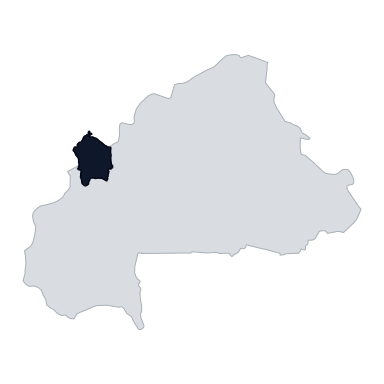 location of Kossi within Burkina Faso
{"feature_id": "BFA-2802", "entity_name": "Kossi", "entity_type": "Province", "adm_level": 1, "iso_a3": "BFA", "parent_name": "Burkina Faso", "parent_adm1": "", "projection": "robinson", "projection_center": [-3.893, 12.938], "detail": "fine", "context": "in_parent", "style": "filled", "palette": "ink", "viewbox_px": 384, "rotation_deg": 0, "n_neighbors": 0, "source": "natural_earth", "source_scale": "10m", "svg_char_len": 5017}
<svg xmlns="http://www.w3.org/2000/svg" viewBox="0 0 384 384"><path d="M297.6,253.2L286.6,253.7L282.6,255.0L280.2,255.1L280.1,253.9L279.8,253.3L265.9,249.5L256.2,247.3L246.3,244.8L245.7,247.1L244.3,248.6L242.2,248.7L240.7,248.3L239.7,250.1L238.1,252.5L235.8,253.7L233.6,255.1L232.3,256.4L231.4,256.4L229.2,253.4L226.2,253.1L220.5,253.6L218.0,252.8L214.6,252.4L206.5,253.0L193.4,251.8L191.3,252.4L190.8,253.0L177.9,253.1L163.7,253.3L151.9,253.4L141.5,253.5L141.5,253.0L138.2,253.0L137.8,254.0L134.9,266.1L134.6,272.7L136.1,276.8L137.9,279.4L139.9,280.5L140.1,282.0L138.5,283.9L138.6,285.8L140.5,287.8L140.9,289.9L140.0,292.2L140.2,297.5L141.6,305.9L141.7,311.4L140.4,313.9L141.0,318.2L143.5,324.2L144.0,326.8L143.1,327.9L141.0,329.5L138.8,329.5L136.3,325.8L135.2,324.2L133.2,320.5L131.5,316.7L129.1,315.1L126.9,313.6L124.1,308.9L121.4,306.6L118.6,307.3L114.4,306.4L106.1,305.2L97.1,305.6L93.4,306.6L89.7,308.4L80.4,312.2L76.8,314.0L74.0,318.8L70.8,318.7L67.6,317.1L65.7,315.0L61.4,315.5L57.3,313.4L53.3,309.3L50.4,307.9L46.7,304.9L45.7,299.3L43.3,295.3L41.1,289.8L37.9,287.3L34.2,286.0L29.1,286.3L25.7,284.0L23.0,280.8L23.8,278.0L25.0,274.0L25.1,270.2L25.9,264.0L25.4,256.2L24.5,250.8L27.3,248.6L30.6,246.5L32.7,242.9L34.8,234.6L35.7,227.5L35.0,224.8L33.9,222.7L33.1,219.6L32.6,215.9L33.2,212.6L35.7,209.6L38.8,207.0L41.0,205.8L46.8,204.6L54.1,202.7L58.3,200.5L61.4,198.4L63.1,196.7L64.9,193.2L67.7,190.5L69.9,187.8L70.2,180.2L70.2,175.9L68.6,173.6L67.7,171.5L78.5,165.6L78.6,161.4L77.1,156.8L75.0,153.0L74.2,149.8L77.2,146.0L79.8,143.1L81.8,140.7L86.0,137.0L90.4,136.0L94.4,137.4L106.3,146.1L108.3,146.7L110.8,146.0L113.9,143.7L118.0,141.9L119.5,136.1L119.3,127.5L120.2,123.5L122.4,122.8L129.2,124.5L130.9,124.6L132.9,124.0L134.3,122.5L134.3,119.7L134.0,117.3L136.2,109.3L140.2,103.3L148.4,95.8L150.9,94.4L153.9,93.6L168.6,98.7L170.9,97.5L174.5,84.7L178.5,83.5L183.2,83.3L186.3,82.2L187.9,81.3L194.9,76.5L207.2,69.9L213.8,67.0L215.1,66.0L219.8,61.3L226.0,55.9L230.0,54.9L235.6,54.5L239.0,55.4L240.0,56.9L241.1,57.7L248.4,55.4L258.7,59.0L267.7,62.6L267.1,64.8L267.1,68.8L266.3,75.2L265.5,82.7L269.2,87.6L273.6,92.9L274.8,95.0L273.7,100.2L274.5,103.2L276.9,108.3L280.9,114.7L285.0,121.4L287.8,122.2L290.5,122.8L292.1,123.9L294.5,125.1L296.9,125.8L299.0,127.3L300.3,128.7L302.1,132.8L306.7,135.5L309.9,138.2L308.6,139.5L304.6,139.0L300.8,137.8L300.3,139.8L300.2,147.3L300.9,153.5L301.7,154.4L305.5,155.5L314.6,163.6L322.8,171.3L325.6,173.3L330.1,174.1L335.2,174.4L337.4,173.7L342.3,169.8L344.9,169.4L347.3,169.5L348.6,170.1L351.0,173.3L353.2,178.0L353.8,181.6L353.6,183.4L352.9,184.2L348.9,185.1L347.1,185.8L346.7,186.8L347.3,189.2L348.1,190.7L352.6,197.6L359.0,206.9L361.0,209.2L359.9,212.0L356.7,219.2L354.3,222.3L343.6,232.5L338.4,231.3L327.4,233.4L325.7,231.0L323.2,230.7L320.0,231.1L318.8,232.0L318.5,233.0L317.4,234.4L315.3,238.5L313.8,239.5L311.8,240.2L309.4,240.1L308.0,240.6L308.0,242.6L307.6,244.4L306.0,245.3L305.3,247.2L305.5,249.2L304.5,250.0L302.4,249.6L301.2,249.0L300.1,251.5L298.6,253.2L297.6,253.2Z" fill="#d9dde1" stroke="#a8b0b8" stroke-width="1"/><path d="M89.2,131.3L89.3,131.3L89.5,131.4L89.7,131.8L89.9,132.8L90.1,133.1L90.4,133.3L91.5,133.5L91.7,134.2L91.4,134.3L91.0,134.4L90.6,134.6L89.8,135.5L89.4,135.7L88.9,136.3L89.4,136.8L90.4,137.0L91.2,137.1L92.1,137.0L92.8,137.1L94.3,137.8L96.0,138.3L96.8,138.7L99.9,141.5L101.9,142.8L105.4,145.9L105.7,146.0L106.3,145.9L106.5,146.0L107.2,146.8L107.6,147.1L107.9,147.1L108.8,147.1L110.6,147.4L110.8,147.8L110.8,148.5L110.5,152.1L111.1,155.2L110.7,158.0L111.2,163.3L111.7,164.7L112.4,165.7L112.7,166.0L112.5,167.8L112.0,167.8L111.4,168.0L111.2,168.3L111.0,169.0L110.7,169.1L109.9,168.8L108.7,168.8L108.6,169.3L108.5,169.6L107.8,170.0L107.8,170.5L108.1,170.9L108.7,171.1L108.9,171.4L108.8,172.1L108.5,172.7L108.3,173.1L108.6,173.6L108.5,173.9L108.2,174.2L108.0,174.5L108.0,175.0L108.1,175.4L108.0,175.7L107.8,176.1L108.0,176.1L108.0,176.5L107.5,176.8L107.4,177.3L107.7,178.6L107.6,179.2L107.0,179.9L106.8,180.8L105.5,180.3L102.8,178.7L101.2,178.2L97.9,178.1L95.8,178.5L94.8,178.3L93.5,178.0L92.0,177.9L90.7,178.2L90.0,179.0L89.7,180.2L88.7,181.9L88.5,182.8L88.5,183.2L88.6,183.6L88.4,184.1L87.8,184.7L86.8,185.4L85.4,185.9L84.4,185.6L82.6,184.1L81.8,182.7L81.7,180.9L81.3,178.8L80.6,177.7L80.5,176.9L80.7,175.9L80.8,174.1L80.6,173.2L81.0,172.5L81.6,172.0L81.6,171.2L80.7,170.8L80.0,170.0L79.4,169.6L78.7,169.7L77.7,168.8L77.8,168.7L78.2,168.1L79.1,165.0L79.2,164.4L78.6,162.2L78.8,159.4L78.4,158.1L77.6,156.9L76.4,155.8L75.8,154.9L74.7,152.1L73.5,150.9L73.2,150.4L73.2,149.8L73.5,149.4L73.7,149.0L74.3,147.4L75.0,147.0L77.7,147.2L78.2,147.0L78.5,146.6L78.4,146.2L77.5,145.6L77.2,145.2L77.4,144.4L78.0,143.6L78.8,142.8L79.4,142.3L79.9,142.2L80.3,142.3L80.7,142.3L81.1,142.0L81.9,141.0L82.6,139.8L83.3,137.8L83.8,137.0L84.5,136.2L84.8,136.0L86.0,135.7L86.3,135.4L87.0,134.6L87.5,134.4L88.0,134.2L88.6,133.7L89.2,133.2L89.4,132.7L89.1,132.4L88.5,132.4L88.3,132.2L88.9,131.4L89.0,131.3L89.2,131.3Z" fill="#0f172a" stroke="#020617" stroke-width="1.5"/></svg>